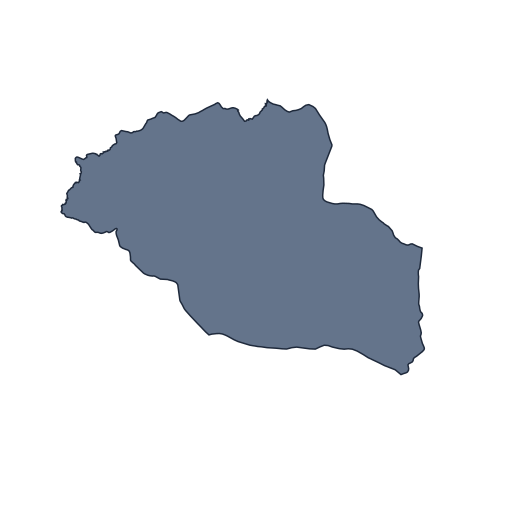 outline of Chamkar Leu, Kâmpóng Cham, Cambodia, rotated 331°
{"feature_id": "14789045B22200339041976", "entity_name": "Chamkar Leu", "entity_type": "district", "adm_level": 2, "iso_a3": "KHM", "parent_name": "Cambodia", "parent_adm1": "Kâmpóng Cham", "projection": "robinson", "projection_center": [105.255, 12.251], "detail": "fine", "context": "isolated", "style": "filled", "palette": "slate", "viewbox_px": 512, "rotation_deg": 331, "n_neighbors": 0, "source": "geoboundaries", "source_scale": "gbopen_adm2", "svg_char_len": 6041}
<svg xmlns="http://www.w3.org/2000/svg" viewBox="0 0 512 512"><g transform="rotate(331 256 256)"><path d="M341.7,124.9L340.6,125.9L340.5,127.0L339.9,127.1L339.6,127.6L339.0,127.8L338.3,127.4L338.4,128.4L337.7,128.5L338.1,129.2L337.5,129.8L336.4,129.4L335.7,129.4L335.1,130.0L334.6,130.2L333.5,130.5L332.8,130.5L332.4,131.3L329.2,132.2L328.3,133.1L326.9,133.6L325.0,133.6L323.9,133.1L322.4,132.9L319.1,134.5L317.4,132.9L316.7,133.0L316.2,132.6L315.4,133.6L314.3,132.6L313.6,132.7L312.9,133.1L312.2,133.0L311.3,132.6L310.9,129.5L310.1,125.8L310.2,123.6L310.6,122.0L310.3,120.5L310.5,119.9L311.3,119.8L310.9,118.7L309.5,116.7L308.1,115.4L307.4,115.0L306.2,114.6L302.9,114.0L302.0,113.6L301.0,112.8L300.4,111.9L299.3,111.5L298.7,111.1L297.9,108.4L298.0,107.3L297.7,104.8L297.4,104.2L296.8,103.4L294.4,103.2L293.6,103.4L292.4,103.3L284.6,102.7L281.5,102.7L279.8,102.8L277.0,102.7L275.5,102.8L271.6,102.2L266.5,100.5L265.3,100.5L262.2,101.5L258.9,102.5L257.2,102.5L256.2,102.1L255.4,101.5L255.1,100.7L253.9,98.6L252.9,96.1L251.5,93.5L250.7,92.3L249.5,90.0L247.8,87.5L247.0,86.8L245.2,86.3L244.3,85.9L243.6,84.4L243.1,83.8L240.3,83.4L239.5,83.4L238.1,84.0L236.9,84.9L235.8,85.3L235.0,85.9L232.1,85.4L230.5,85.3L227.2,84.6L226.3,85.1L224.9,86.4L223.8,86.8L219.3,89.5L218.2,89.9L216.0,90.1L213.9,89.7L213.1,89.5L212.0,88.9L211.0,88.9L210.3,88.5L209.8,88.1L209.0,87.9L208.2,88.2L207.2,88.1L206.0,87.6L204.1,85.2L202.7,84.2L199.2,81.1L198.4,81.1L197.6,81.2L195.9,82.4L195.1,82.7L194.4,82.7L192.0,82.2L191.4,82.4L191.0,83.1L190.6,85.5L189.5,88.3L189.4,89.1L188.6,89.7L187.7,90.0L187.0,89.6L186.2,89.7L185.5,89.6L183.8,89.9L182.6,90.7L181.1,90.8L180.3,91.9L179.7,92.2L179.0,92.3L177.9,91.6L177.4,91.9L177.1,92.4L175.6,91.6L175.1,92.0L174.5,91.7L173.9,91.3L173.3,91.6L172.9,91.1L172.6,91.7L171.8,92.0L170.8,92.0L170.4,91.5L169.7,91.2L169.2,91.3L168.2,92.3L167.5,92.6L166.9,92.3L166.6,91.3L166.1,90.4L166.1,89.8L165.5,89.6L165.3,88.8L163.8,87.5L162.7,86.8L157.7,85.4L156.8,85.6L156.4,86.0L156.2,87.0L155.7,87.8L155.1,87.6L154.2,87.8L152.1,88.0L151.2,87.2L148.3,83.4L147.4,82.6L146.4,82.6L145.3,83.0L144.1,85.3L143.9,86.4L144.5,86.8L144.1,87.6L144.1,88.5L144.2,89.4L144.5,90.0L145.1,90.2L145.6,90.7L145.7,91.3L145.4,91.9L145.7,93.1L145.7,93.9L144.1,96.2L144.0,96.9L144.1,97.6L143.5,98.4L142.7,99.1L142.1,98.8L141.8,100.0L139.6,102.5L139.0,103.4L139.0,104.2L138.4,103.9L137.5,105.4L136.7,105.4L136.2,105.7L134.9,104.5L134.1,104.8L133.7,104.1L133.0,104.5L132.2,104.7L130.4,105.6L130.1,106.1L129.5,106.5L129.1,107.2L128.2,106.9L127.6,106.9L124.8,107.8L124.2,107.6L123.4,108.0L122.5,108.7L120.8,109.6L120.3,111.8L119.3,113.2L119.5,114.0L119.2,114.6L117.8,114.5L117.6,115.4L116.8,115.1L116.5,116.2L115.7,117.5L115.2,117.3L114.6,117.4L114.4,118.1L112.8,117.9L112.0,117.2L111.4,117.7L110.4,117.6L110.0,118.1L109.8,118.8L109.9,119.4L109.1,120.7L108.8,121.8L108.2,121.8L108.1,122.5L106.9,122.9L107.0,124.0L107.4,125.0L107.9,125.5L108.6,125.9L108.8,127.1L108.7,128.1L108.7,128.8L109.0,129.5L109.9,130.7L110.8,131.3L112.5,132.7L113.0,133.4L113.9,133.6L114.4,134.1L115.1,135.3L116.5,136.5L117.1,137.5L118.2,138.5L118.5,139.7L120.4,141.6L120.7,142.2L121.3,142.6L121.8,143.3L122.8,143.4L123.5,143.9L124.0,144.6L124.9,147.0L125.2,152.1L125.4,153.4L125.9,154.3L126.6,156.9L127.0,157.5L128.8,158.4L129.6,159.0L130.8,160.5L131.9,161.3L133.6,161.8L136.1,162.1L136.8,162.0L137.4,162.3L137.9,162.8L138.6,164.1L139.7,164.5L142.4,164.5L146.2,164.0L147.2,164.2L147.6,164.9L147.3,165.6L145.4,166.9L144.5,168.8L144.0,170.7L143.4,175.1L141.8,180.9L141.9,182.0L143.1,184.4L144.6,186.2L145.0,186.8L146.6,188.4L147.4,189.9L147.4,191.5L147.0,192.9L145.7,196.1L144.3,198.7L144.2,199.5L145.0,202.1L145.7,203.8L146.1,206.0L149.3,216.4L150.0,217.7L152.1,220.4L153.6,221.8L155.8,223.4L156.6,223.7L157.4,224.3L157.9,224.8L161.1,229.8L167.3,233.7L168.1,234.6L171.1,237.4L172.6,239.3L173.3,240.5L173.5,241.7L173.6,242.5L173.6,243.3L168.0,257.7L167.8,258.8L167.9,262.6L167.7,267.3L168.0,269.6L169.6,276.7L170.0,278.2L172.2,286.9L173.6,291.9L174.2,294.4L175.2,298.1L176.6,302.2L179.5,302.9L184.0,304.8L186.5,306.1L188.8,307.9L190.9,310.4L192.2,312.2L196.2,318.6L198.8,322.1L204.4,327.9L207.4,331.0L209.5,332.7L211.6,334.3L213.6,336.0L216.5,337.9L221.2,341.5L228.6,346.2L233.8,349.8L237.7,352.2L242.8,353.5L247.4,355.4L257.9,363.2L262.8,366.2L267.8,366.5L272.4,367.1L275.7,369.3L278.6,372.6L283.9,377.4L287.9,380.2L291.8,381.9L295.1,384.2L298.4,388.2L302.0,394.1L304.8,399.3L311.7,408.9L315.3,414.2L322.6,423.0L325.3,430.0L328.2,430.4L330.5,430.9L332.2,430.9L333.8,430.0L334.9,428.6L336.1,424.9L337.5,424.2L338.9,424.4L341.3,424.4L342.6,423.7L344.1,422.0L345.7,421.6L347.9,421.5L355.4,420.2L357.6,419.4L358.4,418.5L358.7,417.6L359.0,415.2L359.1,413.3L360.4,407.6L361.0,405.7L362.2,404.7L363.3,403.3L364.2,400.5L365.4,395.0L366.1,392.6L366.9,391.9L370.1,390.8L372.3,389.3L373.1,388.5L373.5,386.6L373.0,385.2L373.1,383.4L373.7,381.4L374.5,379.4L375.0,376.9L376.3,374.7L379.1,370.5L380.2,368.4L382.4,363.2L384.6,358.8L388.2,352.9L389.0,350.9L390.1,348.8L391.3,347.1L393.1,346.3L400.6,336.1L405.1,329.6L401.8,325.8L398.6,321.2L397.1,320.5L394.7,320.3L393.7,319.8L392.7,319.0L391.1,316.9L390.2,316.0L389.6,315.2L388.9,313.8L388.4,311.5L387.8,309.5L386.7,307.6L386.5,304.5L387.0,302.1L387.3,300.0L386.1,294.3L385.5,293.5L383.6,289.9L383.4,288.8L382.6,287.3L381.3,284.2L380.4,280.3L380.3,273.4L379.8,271.4L377.5,268.0L374.8,264.1L372.2,261.3L370.2,259.8L365.4,257.1L363.1,255.3L357.6,252.0L355.0,250.8L352.8,250.1L350.2,248.7L348.1,247.0L344.2,243.0L343.1,241.3L342.4,239.3L342.6,237.6L343.8,235.2L346.4,231.3L349.8,226.8L353.0,220.6L354.0,218.1L357.0,214.5L360.0,209.8L361.3,208.6L375.5,196.8L376.3,195.6L377.0,190.1L378.5,183.6L379.7,180.0L380.4,177.4L380.8,174.9L380.9,172.6L379.9,163.5L379.5,155.8L378.3,152.9L375.6,149.2L372.7,148.3L370.0,148.5L367.1,149.0L364.0,148.6L361.5,148.0L358.6,146.8L354.9,146.3L353.4,144.6L352.1,142.2L350.7,138.1L349.9,136.3L348.0,134.6L346.0,132.6L344.8,131.6L343.5,129.7L342.5,128.1L341.9,126.5L341.7,124.9Z" fill="#64748b" stroke="#1e293b" stroke-width="1.5"/></g></svg>